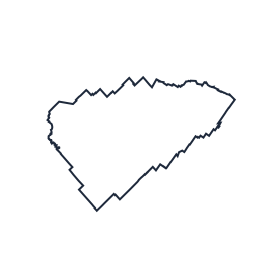 Río Primero, Córdoba, Argentina, rotated 215°
{"feature_id": "61730980B52469297457294", "entity_name": "Río Primero", "entity_type": "district", "adm_level": 2, "iso_a3": "ARG", "parent_name": "Argentina", "parent_adm1": "Córdoba", "projection": "equal_earth", "projection_center": [-63.224, -31.038], "detail": "fine", "context": "isolated", "style": "outline", "palette": "slate", "viewbox_px": 256, "rotation_deg": 215, "n_neighbors": 0, "source": "geoboundaries", "source_scale": "gbopen_adm2", "svg_char_len": 4610}
<svg xmlns="http://www.w3.org/2000/svg" viewBox="0 0 256 256"><g transform="rotate(215 128 128)"><path d="M57.0,196.2L57.1,197.4L57.1,202.4L56.9,202.5L56.9,206.0L56.8,210.4L56.8,212.4L57.3,212.4L57.3,212.5L63.1,213.5L63.9,213.7L63.9,213.2L64.4,213.2L65.2,213.0L66.5,212.4L67.4,212.4L69.4,212.1L69.7,211.8L70.5,211.8L72.7,211.4L72.6,210.9L76.1,210.4L76.2,211.3L77.2,211.1L77.7,210.9L78.1,210.9L80.2,210.6L80.3,210.6L81.8,210.1L81.8,210.6L82.9,209.6L84.0,209.4L84.7,209.1L87.3,209.0L89.0,209.8L90.3,210.2L90.4,209.5L90.8,209.6L91.0,209.4L91.6,209.3L91.6,205.2L92.8,205.7L96.0,204.1L96.0,204.3L97.6,204.3L99.2,205.2L99.5,205.4L103.8,202.7L103.7,201.9L105.4,201.4L105.7,200.6L106.3,200.1L106.5,199.9L106.8,199.5L107.1,199.4L107.2,195.3L107.7,194.8L107.9,194.1L108.1,194.0L108.1,193.4L108.6,193.4L108.6,191.9L110.7,191.8L110.7,190.1L115.9,189.9L115.9,188.7L116.4,188.7L116.4,187.9L119.5,187.1L120.4,186.8L120.6,186.5L120.6,186.3L120.7,185.8L121.0,185.6L121.0,185.3L122.7,185.3L124.2,185.2L124.2,185.3L124.5,185.3L125.5,185.6L125.5,185.8L129.1,184.0L129.2,184.6L129.6,184.5L131.7,184.3L131.6,184.1L132.6,184.0L131.7,175.1L134.8,175.7L137.9,176.5L141.3,177.4L144.7,178.2L145.0,176.3L147.0,166.6L149.0,167.1L148.9,168.0L155.7,169.7L156.7,164.2L157.3,160.4L156.4,160.2L157.3,155.3L157.5,154.4L157.8,152.7L158.7,148.7L161.6,149.3L161.9,147.2L162.1,147.2L162.4,145.3L163.1,141.5L173.2,143.9L174.2,138.2L174.8,138.4L175.4,135.2L176.7,135.6L177.1,133.8L182.6,135.0L182.7,134.9L184.0,135.1L185.5,127.2L186.1,125.4L186.3,124.2L186.8,121.1L185.9,120.8L186.8,116.1L199.5,110.1L200.9,102.4L201.9,96.2L201.2,95.4L200.3,94.8L200.2,94.6L200.1,94.4L200.3,93.8L200.3,93.6L200.3,93.4L200.1,93.2L200.2,92.6L200.1,92.3L200.0,92.1L199.8,92.0L199.6,92.1L199.4,91.5L199.2,91.4L198.4,91.2L198.5,88.4L196.2,88.3L196.2,87.5L195.5,87.6L195.3,87.5L192.9,87.4L192.3,87.0L191.8,86.6L191.6,86.4L191.2,86.1L190.8,85.6L190.4,85.1L190.0,84.3L189.8,83.7L189.8,82.9L189.8,82.3L189.9,82.2L189.4,81.8L189.0,81.5L188.9,81.4L188.7,81.2L188.4,80.8L188.3,80.6L188.1,80.6L187.9,80.2L187.7,79.9L187.6,79.6L187.4,79.4L187.5,79.3L187.5,79.2L188.1,79.2L188.3,79.0L188.3,78.8L188.2,78.7L188.1,78.8L187.9,78.9L187.7,78.7L187.5,78.2L187.6,77.9L187.8,77.9L187.8,77.6L187.9,77.4L188.0,77.2L188.1,76.7L188.2,76.4L188.3,76.1L188.3,75.8L188.1,75.7L187.9,75.2L187.6,74.7L187.3,74.2L187.1,74.1L187.0,73.9L186.7,73.9L186.6,73.7L186.4,73.6L185.8,73.8L185.0,73.7L184.8,73.6L184.8,73.4L184.5,73.4L184.4,73.4L184.4,73.5L184.4,73.8L184.0,73.9L184.0,74.0L183.9,74.1L183.4,73.7L183.3,73.4L183.3,73.2L183.1,72.9L183.0,72.6L183.0,72.4L182.8,72.1L182.7,72.0L182.4,71.9L182.1,71.8L181.8,71.8L181.7,71.8L181.5,71.7L181.5,71.8L181.7,72.3L181.7,72.5L181.3,72.5L181.2,72.3L181.0,72.6L181.1,72.8L181.1,73.0L181.1,73.3L180.9,73.4L180.7,73.2L180.4,73.2L180.2,73.1L179.8,73.2L179.6,73.1L179.3,73.2L179.3,73.3L179.2,73.3L178.9,73.3L178.8,73.2L178.7,72.9L178.7,72.6L178.8,72.4L178.7,72.3L178.5,72.6L178.4,72.7L178.0,72.9L177.8,72.8L177.8,72.7L177.7,72.4L178.0,72.2L177.9,72.1L177.7,72.0L177.6,72.4L177.4,72.5L177.2,72.5L177.1,72.4L177.1,72.1L176.9,72.2L176.9,72.6L176.6,72.9L176.5,72.7L176.5,72.1L176.7,71.9L176.8,71.8L176.7,71.6L176.6,71.4L176.4,71.5L176.3,71.4L176.3,71.2L176.1,71.3L175.8,71.5L175.5,71.5L175.4,71.4L175.0,71.1L174.7,71.2L174.4,71.2L174.3,71.6L174.1,71.8L173.9,71.9L173.8,72.0L173.9,72.3L173.5,72.7L173.2,72.7L172.9,72.3L173.0,72.1L172.9,72.0L172.9,71.9L173.0,71.8L173.2,72.0L173.3,72.1L173.5,72.1L173.8,71.9L173.9,71.6L174.0,71.5L174.1,71.4L174.2,71.2L174.4,70.8L174.6,70.4L174.6,70.2L174.5,69.8L173.0,69.4L172.9,69.5L168.4,68.6L168.2,68.2L156.0,65.2L151.1,64.1L151.9,60.2L148.4,59.2L145.7,58.4L138.4,56.5L131.7,55.1L132.8,49.4L113.1,44.7L112.3,44.4L110.5,44.0L109.3,43.7L109.3,43.0L106.8,42.5L106.1,42.3L105.4,46.2L104.7,50.1L104.3,52.6L102.4,63.0L101.9,65.8L100.2,65.4L100.0,66.4L96.7,65.6L93.7,64.9L91.3,78.1L91.1,79.3L89.4,89.2L89.3,90.8L89.3,91.3L89.4,91.6L89.2,92.7L88.7,95.3L88.3,96.7L87.8,99.7L87.2,99.5L86.6,102.6L86.8,102.6L86.4,104.4L85.4,110.4L80.8,109.3L80.8,113.0L80.8,116.7L77.3,116.7L77.3,116.9L75.2,116.9L75.2,116.7L74.2,116.7L73.8,116.7L73.7,116.7L73.6,116.9L73.7,124.6L73.3,124.7L73.3,125.1L73.3,125.9L73.3,126.0L73.3,127.3L73.3,134.1L71.2,133.4L72.3,137.5L70.6,140.6L68.1,140.6L68.1,141.8L68.3,145.5L68.3,149.8L67.8,149.9L67.8,152.5L67.8,154.3L67.9,160.0L65.6,160.0L65.6,160.8L64.2,160.8L64.2,163.3L60.7,163.4L60.8,168.1L58.4,168.1L57.1,168.1L57.2,176.1L55.4,176.0L55.4,180.1L54.7,180.1L54.7,180.3L54.1,180.3L54.1,181.4L55.5,180.9L55.5,182.2L54.8,182.4L55.2,185.4L56.9,183.7L56.9,188.3L57.0,196.2Z" fill="none" stroke="#1e293b" stroke-width="2"/></g></svg>